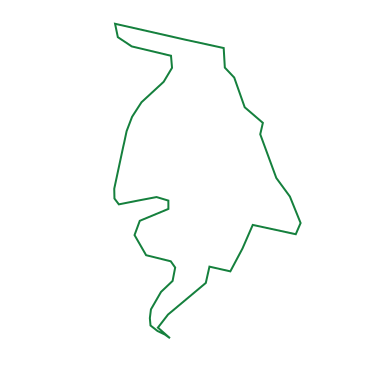 West Baton Rouge, Louisiana, United States of America, rotated 193°
{"feature_id": "52423323B55664774745263", "entity_name": "West Baton Rouge", "entity_type": "district", "adm_level": 2, "iso_a3": "USA", "parent_name": "United States of America", "parent_adm1": "Louisiana", "projection": "equal_earth", "projection_center": [-91.297, 30.491], "detail": "fine", "context": "isolated", "style": "outline", "palette": "green", "viewbox_px": 384, "rotation_deg": 193, "n_neighbors": 0, "source": "geoboundaries", "source_scale": "gbopen_adm2", "svg_char_len": 765}
<svg xmlns="http://www.w3.org/2000/svg" viewBox="0 0 384 384"><g transform="rotate(193 192 192)"><path d="M194.3,48.8L186.3,47.0L180.6,44.6L194.7,52.2L187.8,67.2L158.1,106.5L158.2,123.2L136.8,123.3L130.1,148.3L125.4,173.6L81.4,174.2L79.2,186.2L95.6,209.6L113.0,224.6L138.5,263.6L138.5,275.3L159.7,286.4L176.6,313.0L184.1,318.0L188.0,320.6L193.5,339.4L232.0,338.9L304.8,338.6L299.1,326.2L283.5,320.3L243.1,320.0L239.4,308.5L244.4,293.0L261.4,268.1L267.3,251.8L269.4,236.6L269.2,225.1L269.2,220.7L268.5,177.7L266.1,168.2L260.5,163.5L242.9,171.4L225.4,179.1L213.1,178.3L211.2,170.2L236.4,152.2L238.3,137.1L222.5,120.1L197.1,119.7L191.4,114.6L190.9,101.0L199.7,87.7L205.6,68.4L204.7,59.6L202.4,52.6L194.3,48.8Z" fill="none" stroke="#15803d" stroke-width="2"/></g></svg>